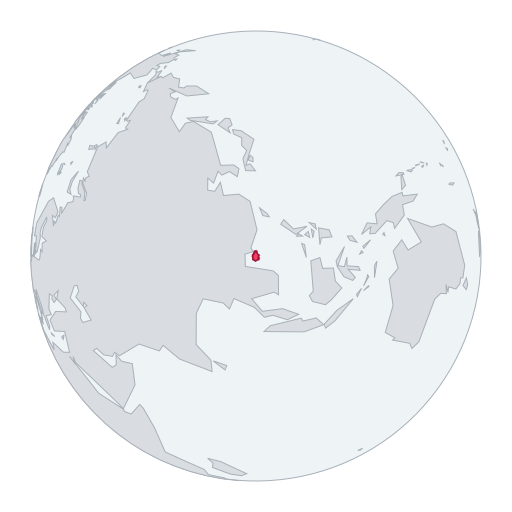 the Earth from above Hainan, rotated 306°
{"feature_id": "CHN-1775", "entity_name": "Hainan", "entity_type": "Province", "adm_level": 1, "iso_a3": "CHN", "parent_name": "China", "parent_adm1": "", "projection": "orthographic", "projection_center": [109.857, 19.166], "detail": "fine", "context": "on_globe", "style": "filled", "palette": "rose", "viewbox_px": 512, "rotation_deg": 306, "n_neighbors": 0, "source": "natural_earth", "source_scale": "10m", "svg_char_len": 12928}
<svg xmlns="http://www.w3.org/2000/svg" viewBox="0 0 512 512"><g transform="rotate(306 256 256)"><circle cx="256" cy="256" r="225" fill="#eef3f6" stroke="#a8b0b8"/><path d="M459.6,339.0L459.3,340.4L459.1,340.7L459.6,339.0ZM369.2,61.2L362.9,58.1L362.8,62.0L370.3,67.7L362.7,63.5L381.9,78.4L386.7,86.5L376.7,74.7L372.1,71.7L373.1,75.5L368.6,73.3L366.5,74.1L361.0,71.4L355.6,65.5L352.0,63.8L352.8,66.7L347.9,66.3L347.2,62.2L338.5,61.4L327.9,52.9L330.3,46.8L319.8,42.3L310.2,37.4L306.5,36.6L301.0,35.3L318.8,39.7L336.2,45.5L353.0,52.7L369.2,61.2ZM288.9,33.1L290.0,33.4L288.1,33.2L284.4,32.7L283.8,32.5L285.6,32.7L284.3,32.5L288.9,33.1ZM468.5,181.6L466.7,177.1L467.4,178.5L468.5,181.6ZM465.9,175.4L466.5,176.7L466.0,175.9L465.9,175.4ZM465.7,175.5L465.9,175.5L465.9,176.0L465.7,175.5ZM465.7,176.2L465.7,175.6L465.8,175.9L465.7,176.2ZM465.0,175.9L464.8,175.7L464.5,174.6L465.0,175.9ZM375.9,65.3L374.5,64.4L372.2,63.0L372.7,63.3L375.9,65.3ZM376.6,72.8L375.6,70.8L378.1,73.6L376.6,72.8ZM367.1,74.7L368.8,76.1L367.0,76.0L367.1,74.7ZM357.0,71.9L353.5,71.7L356.1,70.8L357.0,71.9ZM350.9,70.9L342.5,71.0L345.6,73.8L332.1,66.4L343.7,68.4L346.4,66.7L347.5,69.1L350.9,70.9ZM292.0,33.7L290.6,33.4L295.2,34.2L292.0,33.7ZM295.5,34.3L312.4,38.2L312.6,38.9L306.9,37.2L310.0,38.9L301.8,37.2L298.2,35.9L299.7,35.7L295.4,35.3L295.5,34.3ZM325.9,62.6L323.1,62.0L325.0,61.6L325.9,62.6ZM287.7,33.2L291.1,33.7L291.6,34.2L284.8,33.3L286.8,33.4L287.7,33.2ZM314.8,40.3L314.0,40.8L307.1,39.5L305.8,39.6L301.6,37.2L314.8,40.3ZM284.9,33.1L281.4,32.9L277.8,32.3L284.4,32.8L284.9,33.1ZM294.5,34.9L294.4,35.2L292.3,34.6L294.5,34.9ZM263.1,31.0L267.1,31.2L267.7,31.4L263.1,31.0ZM280.4,32.9L281.6,33.1L282.3,33.3L279.3,33.2L280.4,32.9ZM297.0,36.6L294.3,36.2L298.4,37.5L293.4,36.9L291.5,35.6L290.2,35.9L288.7,35.8L288.9,34.9L297.0,36.6ZM278.4,33.8L274.3,32.5L266.6,31.9L265.9,31.6L278.3,32.7L278.4,33.8ZM284.5,34.5L280.6,33.9L281.7,33.6L285.1,33.8L284.5,34.5ZM290.7,37.2L298.9,38.4L299.0,38.7L290.7,37.2ZM276.0,33.6L277.0,34.0L275.3,33.6L276.0,33.6ZM285.9,36.0L288.8,36.3L288.9,36.6L285.9,36.0ZM276.7,34.7L275.4,34.1L277.6,34.1L276.7,34.7ZM280.8,35.3L280.2,35.7L279.3,34.4L282.0,35.4L280.8,35.3ZM285.5,36.3L286.5,36.6L284.3,36.1L285.5,36.3ZM269.0,35.3L267.3,33.7L272.2,33.6L273.2,35.0L269.0,35.3ZM81.4,113.7L79.8,116.3L77.9,119.2L71.3,127.5L61.4,147.9L66.8,142.4L65.0,156.8L68.5,161.8L82.5,145.6L76.9,137.0L83.1,127.0L93.4,126.5L99.3,135.4L101.9,131.9L104.2,120.0L111.7,116.3L105.7,115.5L103.5,120.0L99.7,120.0L101.4,116.0L104.0,114.6L104.0,111.0L91.7,119.4L88.2,124.9L84.3,121.2L78.1,130.3L74.9,132.4L84.1,118.1L87.9,114.1L99.8,97.6L95.5,101.2L83.9,117.4L84.8,115.0L78.8,121.2L84.1,114.7L97.9,97.1L98.4,95.1L96.0,97.4L109.8,84.6L110.0,84.4L110.5,84.0L119.4,76.9L117.5,78.4L120.9,75.8L119.1,77.6L125.4,74.2L124.9,75.9L136.0,69.4L137.3,69.7L130.3,73.3L125.2,77.1L124.9,82.8L127.4,82.3L134.7,77.9L133.7,80.5L140.8,75.5L144.9,77.6L145.9,71.3L154.4,67.1L161.6,66.0L164.6,63.7L152.9,65.6L148.1,67.6L143.7,70.9L130.7,76.5L128.9,75.9L143.1,66.5L142.2,64.9L153.7,59.2L178.3,56.0L184.1,58.0L175.5,69.7L169.1,71.2L169.1,67.4L161.1,74.6L165.6,72.2L164.8,74.6L172.8,72.1L172.6,73.7L180.6,68.7L181.2,70.5L176.1,73.7L188.5,72.4L192.2,75.9L195.1,74.9L197.2,72.8L200.5,79.3L202.5,78.3L202.2,75.7L205.9,72.3L213.8,69.0L214.5,71.4L211.8,72.9L207.0,80.1L199.6,84.3L200.7,85.1L207.3,82.0L213.1,73.1L217.7,70.5L215.8,74.5L216.9,72.9L219.4,72.4L222.5,74.3L224.9,70.0L251.4,63.8L260.1,67.7L255.5,71.4L274.8,71.9L283.1,77.7L282.8,75.1L291.8,74.6L289.3,72.6L289.8,71.4L311.8,70.8L317.6,73.1L326.7,71.3L326.5,70.2L322.8,68.3L332.1,66.4L345.6,73.8L345.3,75.9L354.0,79.7L352.0,84.2L354.4,90.2L347.1,94.0L349.6,98.9L352.8,100.0L358.6,108.1L359.5,122.4L344.9,106.1L340.7,86.9L341.2,94.0L337.0,91.3L334.6,93.3L335.3,98.8L338.0,100.1L318.0,105.7L311.5,120.9L322.0,120.9L328.1,126.4L329.9,147.1L308.6,174.1L316.5,184.4L316.7,190.8L309.2,194.3L308.7,184.8L301.4,180.9L302.3,175.5L290.0,178.8L290.7,171.2L280.9,178.2L284.1,184.6L294.7,183.9L285.8,194.1L296.0,205.8L296.7,219.1L277.8,241.4L259.4,247.2L258.2,251.4L251.1,246.0L241.3,253.5L254.0,278.5L253.5,285.4L237.8,297.1L237.5,292.0L218.9,277.6L215.0,293.6L229.1,308.6L233.9,324.8L222.9,318.8L218.0,304.5L211.4,298.9L213.5,284.9L208.6,263.1L197.5,265.7L198.7,257.2L190.3,238.4L174.5,241.4L149.2,259.6L145.2,280.8L136.7,288.4L127.7,254.7L129.1,233.4L122.4,233.6L116.0,213.1L95.1,204.2L95.1,198.2L90.5,199.0L86.5,190.9L87.7,181.4L83.9,179.9L81.4,205.1L85.8,206.9L93.8,200.8L91.9,209.2L96.2,219.2L80.6,233.9L54.6,238.4L57.1,222.0L63.8,172.6L66.4,168.5L66.7,167.9L67.1,167.0L62.4,173.2L65.3,164.0L56.3,196.3L52.5,209.3L54.2,239.1L52.8,240.8L54.8,247.9L67.6,249.2L66.6,254.3L57.4,274.8L44.1,297.8L48.9,321.3L52.9,339.6L51.2,346.0L58.0,361.1L58.0,363.0L62.4,371.1L64.2,374.2L56.1,359.9L49.1,345.1L43.2,329.9L38.4,314.2L34.7,298.3L32.2,282.1L30.9,265.7L30.8,249.4L31.9,233.0L34.2,216.8L37.6,200.8L42.2,185.1L47.9,169.7L54.7,154.8L62.6,140.5L71.5,126.7L81.4,113.7ZM100.4,154.9L107.3,160.3L113.2,147.2L116.4,148.5L117.3,143.8L113.6,146.3L117.0,134.3L123.3,133.3L127.1,128.4L124.9,126.5L112.9,130.3L107.9,147.2L102.5,150.6L100.4,154.9ZM140.8,62.4L141.7,61.9L138.1,64.2L134.5,66.3L134.7,66.2L140.8,62.4ZM126.2,71.9L127.0,71.4L130.4,69.0L133.9,67.0L147.8,58.9L148.0,59.3L145.5,60.3L144.2,61.5L139.9,63.5L126.4,72.7L122.3,75.3L125.4,72.4L126.2,71.9ZM183.3,42.9L189.3,40.9L181.7,44.2L177.0,45.8L177.3,45.0L183.2,42.8L183.3,42.9ZM273.4,31.4L280.0,32.0L279.6,32.2L276.0,32.0L273.0,31.8L274.2,31.6L269.3,31.5L268.8,31.2L264.9,31.0L257.4,30.7L273.4,31.4ZM230.5,32.2L231.4,32.1L235.4,31.7L235.9,31.6L231.9,32.0L238.5,31.5L238.1,31.6L244.7,31.8L254.4,31.7L257.1,32.0L253.1,32.2L258.6,32.5L252.8,33.3L254.6,33.7L250.7,35.2L241.9,35.8L244.5,36.3L241.7,37.8L234.4,38.8L237.1,37.3L227.1,39.7L226.5,38.2L225.4,38.6L222.1,38.1L216.2,38.3L217.0,37.6L214.4,38.1L212.1,38.0L208.8,38.5L209.0,37.6L204.9,38.2L207.4,37.5L200.2,38.9L205.6,37.5L203.3,37.7L199.3,39.0L205.8,36.4L230.5,32.2ZM267.6,35.6L257.2,36.0L251.8,35.6L260.9,33.3L260.1,32.8L265.7,32.0L273.5,32.8L271.1,32.9L270.7,33.2L268.4,32.8L269.9,33.4L266.7,33.7L267.0,34.3L263.6,34.1L267.6,35.6ZM80.2,117.2L79.6,118.7L79.5,119.9L75.8,124.1L80.2,117.2ZM89.4,105.2L89.4,105.5L84.1,111.4L84.8,110.2L89.4,105.2ZM94.0,101.0L89.9,105.1L92.5,102.2L94.0,101.0ZM130.9,73.6L131.5,74.0L129.8,75.2L127.3,76.4L130.9,73.6ZM204.7,48.0L207.1,46.6L208.3,46.6L216.1,44.5L217.1,45.8L212.9,47.6L204.7,48.0ZM79.0,147.2L75.3,149.1L76.0,146.6L77.1,146.4L79.0,147.2ZM73.5,135.8L72.6,140.6L72.5,136.9L73.5,135.8ZM207.1,49.0L210.1,47.9L208.8,49.3L207.1,49.0ZM218.3,46.7L217.4,48.1L218.2,45.7L218.3,46.7ZM158.5,452.6L163.2,455.2L160.3,454.5L158.5,452.6ZM68.9,348.2L74.4,376.4L69.7,373.4L64.4,363.1L59.3,345.0L63.2,343.1L63.9,335.8L68.9,348.2ZM291.2,363.3L298.0,364.4L297.8,365.3L291.2,363.3ZM284.0,359.9L291.9,360.4L282.7,361.9L284.0,359.9ZM294.9,360.6L302.9,358.8L306.3,357.3L305.7,359.3L294.9,360.6ZM278.7,359.8L249.8,358.0L238.5,354.6L241.1,351.3L259.5,353.4L278.7,359.8ZM240.2,351.1L222.9,339.5L199.6,306.9L207.9,308.5L232.4,329.2L230.8,332.1L241.3,341.1L240.2,351.1ZM282.3,335.0L280.6,344.2L264.7,342.7L257.4,340.8L252.4,328.4L255.2,322.5L261.2,323.0L284.3,303.2L292.3,308.6L285.2,317.2L291.8,325.7L282.3,335.0ZM146.0,283.0L150.2,296.7L145.6,297.9L146.0,283.0ZM293.8,288.7L284.4,297.6L293.0,285.5L293.8,288.7ZM299.0,277.1L299.5,281.9L295.8,277.2L299.0,277.1ZM257.8,257.9L251.5,258.6L251.4,255.2L259.4,252.4L257.8,257.9ZM297.1,230.6L296.8,240.4L295.5,243.7L292.7,237.7L297.1,230.6ZM220.4,62.5L208.4,63.6L200.5,66.2L197.1,70.1L196.8,65.6L208.9,61.5L220.4,62.5ZM247.5,63.1L250.4,60.4L252.6,61.8L252.2,62.6L247.5,63.1ZM246.8,61.4L243.9,58.0L247.8,56.6L249.3,59.5L246.8,61.4ZM225.0,52.3L221.4,52.4L222.6,51.2L225.0,52.3ZM406.6,421.5L407.5,421.6L401.0,427.5L392.8,434.0L386.5,437.6L406.6,421.5ZM352.4,445.9L353.7,440.8L361.9,439.1L357.2,444.1L352.4,445.9ZM412.2,416.4L418.0,410.2L421.7,403.9L419.2,409.1L422.0,407.4L408.9,420.5L412.2,416.4ZM326.3,425.9L282.2,438.2L272.8,436.5L275.7,431.7L268.3,416.0L271.4,416.4L270.1,405.5L296.5,396.0L315.6,377.3L329.6,378.2L340.6,364.1L354.8,364.4L350.2,375.5L364.5,381.5L375.5,356.6L382.8,381.3L392.3,388.8L393.3,403.4L371.3,430.2L360.0,436.2L358.4,434.4L353.5,437.3L346.8,437.1L344.3,429.9L339.4,432.7L344.7,426.4L337.4,432.2L334.4,427.4L326.3,425.9ZM427.5,369.8L429.2,370.0L431.5,373.3L428.8,373.4L427.5,369.8ZM455.1,346.2L455.4,347.8L453.8,349.2L455.1,346.2ZM459.1,340.7L457.2,342.6L459.6,339.0L459.1,340.7ZM438.5,352.6L439.2,353.9L438.4,354.7L438.5,352.6ZM437.8,352.3L439.1,349.5L438.7,352.1L437.8,352.3ZM430.0,340.8L431.2,339.2L431.6,340.2L430.0,340.8ZM308.1,364.6L317.8,357.5L322.9,356.9L308.1,364.6ZM428.5,338.3L425.6,338.7L425.9,337.3L428.5,338.3ZM428.8,335.0L428.6,333.1L430.2,337.4L428.8,335.0ZM423.4,331.7L426.8,334.5L422.9,332.2L423.4,331.7ZM421.2,332.6L418.6,331.5L418.8,330.9L421.2,332.6ZM391.0,339.5L400.8,350.1L392.7,350.8L383.7,344.4L376.3,351.9L359.8,351.9L363.7,347.4L361.5,341.0L344.3,339.1L340.8,334.9L347.0,331.8L335.5,328.7L348.1,326.4L353.2,335.1L360.3,327.9L372.4,328.9L384.0,331.0L393.3,336.7L391.0,339.5ZM348.0,345.8L350.2,345.7L348.2,348.4L348.0,345.8ZM413.7,327.5L417.4,331.1L417.0,332.3L415.1,331.9L413.7,327.5ZM395.4,334.9L405.4,326.6L407.7,326.4L401.1,335.4L395.4,334.9ZM403.0,322.1L407.6,322.6L410.0,326.4L409.0,327.6L403.0,322.1ZM322.3,338.2L321.8,340.6L318.5,338.7L322.3,338.2ZM326.6,336.7L336.5,339.2L325.6,338.8L326.6,336.7ZM296.4,327.9L299.3,333.8L308.5,330.2L301.5,335.5L307.7,345.1L305.6,348.7L299.4,338.3L297.1,348.9L293.1,348.6L290.9,339.4L295.0,328.3L299.1,323.7L315.7,322.0L296.4,327.9ZM326.5,329.6L323.9,322.8L325.8,318.2L328.7,321.8L326.5,329.6ZM316.1,306.2L309.1,298.2L302.7,301.1L315.5,290.1L320.2,299.7L316.1,306.2ZM310.1,288.6L304.1,291.3L310.3,284.9L310.1,288.6ZM302.6,288.5L301.9,282.9L306.6,283.8L302.6,288.5ZM313.2,288.9L314.3,279.4L316.7,285.0L313.2,288.9ZM299.9,270.4L310.0,279.8L296.9,275.6L296.2,257.3L301.8,257.1L299.9,270.4ZM330.5,198.2L329.1,193.2L334.1,192.1L333.7,195.9L330.5,198.2ZM349.2,185.7L335.0,190.3L323.4,194.6L327.1,197.0L324.6,205.5L319.0,197.4L327.0,188.2L335.9,186.5L337.0,179.5L343.3,174.9L341.6,166.3L344.4,162.7L348.6,170.2L349.2,185.7ZM340.5,162.7L339.9,148.0L349.4,150.2L351.7,153.9L348.0,159.6L343.2,158.0L340.5,162.7ZM342.5,145.2L337.8,143.8L327.0,122.9L327.1,119.3L340.4,135.3L336.7,135.0L337.7,140.0L342.5,145.2ZM324.1,63.3L323.2,62.2L325.6,63.3L324.1,63.3ZM288.2,70.4L289.4,69.0L292.1,70.0L288.2,70.4ZM294.0,65.8L290.1,65.6L293.9,64.8L294.0,65.8ZM281.4,65.5L288.4,65.0L282.1,67.0L281.4,65.5Z" fill="#d9dde1" stroke="#a8b0b8" stroke-width="1"/><path d="M260.3,254.0L260.2,254.1L259.9,254.3L259.8,254.5L259.7,254.5L259.6,254.4L259.7,254.2L259.5,254.3L259.6,254.5L259.4,254.8L259.3,255.0L259.2,255.0L259.0,255.3L258.9,255.4L258.9,255.6L258.8,255.9L258.7,256.0L258.4,256.1L258.5,256.1L258.6,256.3L258.6,256.2L258.6,256.3L258.5,256.6L258.4,256.8L258.4,257.0L258.2,257.2L258.1,257.3L258.3,257.4L258.4,257.5L258.4,257.4L258.4,257.2L258.5,257.5L258.4,257.5L258.2,257.6L258.1,257.8L258.0,258.0L258.0,257.9L257.8,258.0L257.8,257.9L258.1,257.9L257.9,257.9L257.7,258.0L257.4,258.1L257.1,258.3L256.9,258.5L256.7,258.6L256.8,258.7L256.8,258.8L256.8,259.0L256.8,258.9L256.7,258.9L256.7,259.1L256.4,259.1L256.5,259.0L256.6,258.9L256.4,258.9L256.4,259.0L256.2,258.9L256.2,259.0L255.9,259.1L255.7,259.0L255.5,259.4L255.5,259.5L255.4,259.4L255.3,259.5L255.5,259.6L255.4,259.8L255.3,259.6L255.1,259.7L255.1,259.8L254.9,259.9L254.9,259.7L254.8,259.8L254.7,259.7L254.6,259.8L254.6,259.7L254.4,259.4L254.0,259.4L253.6,259.4L253.4,259.4L253.3,259.2L253.1,259.1L252.8,259.1L252.7,259.1L252.4,258.9L252.2,258.7L251.9,258.6L251.7,258.6L251.6,258.4L251.7,258.2L251.7,257.9L251.7,257.7L251.5,257.4L251.4,257.3L251.4,257.2L251.5,256.9L251.5,256.7L251.4,256.2L251.5,256.2L251.6,255.9L251.4,255.8L251.4,255.7L251.5,255.7L251.4,255.6L251.5,255.5L251.5,255.4L251.6,255.2L251.8,255.2L252.0,255.1L252.2,254.9L252.3,254.8L252.5,254.7L252.8,254.4L253.1,254.3L253.1,254.2L253.3,254.2L253.5,254.0L253.6,253.9L253.8,253.8L254.0,253.9L253.9,253.8L253.9,253.7L254.0,253.6L253.9,253.6L253.7,253.7L253.5,253.8L253.4,253.8L253.4,253.7L253.6,253.4L253.7,253.2L253.8,253.1L254.0,253.0L254.3,253.2L254.4,253.3L254.5,253.2L254.5,253.3L254.8,253.3L255.0,253.3L254.8,253.2L254.7,253.1L254.8,253.1L254.8,252.9L255.0,252.7L255.2,252.8L255.2,252.7L255.3,252.7L255.5,252.7L255.5,252.8L255.8,252.9L255.9,253.0L256.0,252.9L256.3,252.8L256.4,253.0L256.5,253.1L256.6,252.9L256.8,252.8L257.0,252.8L257.0,252.7L257.0,252.8L256.9,252.8L257.0,252.7L257.4,252.5L257.5,252.6L257.8,252.5L258.0,252.8L258.0,253.0L258.0,252.9L258.0,252.7L257.9,252.7L257.9,252.4L258.1,252.5L258.3,252.6L258.5,252.6L258.6,252.8L258.7,252.7L258.7,252.8L258.8,253.0L258.8,252.9L258.8,252.7L258.7,252.6L258.6,252.4L258.8,252.3L259.0,252.1L259.2,252.4L259.2,252.5L259.3,252.5L259.7,252.7L259.8,252.7L260.0,252.7L260.1,253.2L260.2,253.5L260.2,253.8L260.3,254.0Z" fill="#f43f5e" stroke="#9f1239" stroke-width="1.5"/></g></svg>